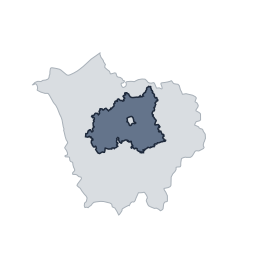 Minsk on a map of Belarus (Albers equal-area conic projection), rotated 63°
{"feature_id": "BLR-2345", "entity_name": "Minsk", "entity_type": "Region", "adm_level": 1, "iso_a3": "BLR", "parent_name": "Belarus", "parent_adm1": "", "projection": "albers", "projection_center": [27.803, 53.681], "detail": "fine", "context": "in_parent", "style": "filled", "palette": "slate", "viewbox_px": 256, "rotation_deg": 63, "n_neighbors": 0, "source": "natural_earth", "source_scale": "10m", "svg_char_len": 9394}
<svg xmlns="http://www.w3.org/2000/svg" viewBox="0 0 256 256"><g transform="rotate(63 128 128)"><path d="M201.3,175.8L197.7,175.7L193.4,176.0L191.1,177.8L188.4,177.1L186.6,178.2L182.5,183.0L181.0,185.6L179.5,189.5L178.7,192.3L179.3,194.3L180.2,196.1L180.4,198.1L180.9,199.7L179.8,200.8L179.3,202.5L177.5,202.3L175.2,200.8L174.6,198.5L172.8,197.0L171.7,196.2L169.8,196.2L166.9,197.0L163.0,197.7L160.1,197.9L158.5,198.7L156.2,199.6L155.2,198.7L153.9,196.1L152.7,193.6L152.0,192.5L151.3,192.2L150.5,192.2L149.6,193.1L149.0,193.9L146.5,194.9L145.5,195.9L144.3,198.2L143.5,198.1L142.7,197.5L141.8,194.9L140.5,194.3L138.4,194.3L135.9,193.8L133.8,193.0L133.1,193.2L131.8,194.3L130.5,194.5L127.6,193.5L127.0,193.9L125.3,196.8L124.6,197.0L124.1,196.6L124.4,194.1L122.7,193.2L119.8,193.0L117.8,193.4L116.8,193.3L116.4,192.8L113.9,188.5L112.7,188.2L110.3,188.4L106.9,187.8L103.0,186.8L100.9,186.4L99.8,185.5L97.4,185.1L90.9,183.1L88.3,182.7L84.4,182.6L78.5,182.0L74.7,182.1L72.9,182.6L70.8,182.9L63.8,183.1L61.2,183.4L60.4,184.3L59.5,186.2L56.4,189.4L53.5,191.5L52.9,191.7L51.4,190.4L50.0,189.9L48.4,189.7L47.2,190.0L46.5,190.5L46.4,193.2L46.2,193.4L45.2,190.2L45.4,187.4L46.2,185.9L47.1,184.5L46.9,182.3L47.9,179.5L48.1,177.4L47.8,176.5L47.1,175.4L45.4,174.2L44.6,173.2L42.2,171.9L39.9,170.2L39.5,169.3L39.7,168.7L40.2,167.8L42.2,165.1L44.4,162.5L45.8,161.5L52.8,158.5L53.9,157.3L54.3,155.3L54.4,151.1L54.2,147.4L53.8,144.7L52.8,139.8L49.9,129.5L48.4,118.9L49.7,119.6L52.9,120.0L55.4,119.5L56.7,119.4L57.9,119.7L61.2,119.3L62.0,120.3L63.4,121.2L66.4,120.1L69.0,118.8L71.7,119.1L72.1,118.4L72.9,114.7L73.7,113.9L76.9,114.4L78.1,113.8L79.4,112.0L81.3,110.9L82.9,111.0L84.5,109.8L85.3,110.6L85.6,112.2L85.1,113.4L85.3,113.9L86.4,114.5L88.3,114.6L89.6,114.1L89.9,113.4L89.9,112.1L89.6,110.9L88.8,109.9L87.3,109.3L86.3,109.3L86.1,108.6L86.5,107.2L87.5,104.7L88.8,102.4L89.5,101.6L89.6,100.8L89.5,99.4L89.6,96.8L90.7,93.3L92.2,90.7L94.1,89.9L96.3,89.5L97.8,88.3L98.6,86.9L99.2,84.6L100.0,84.1L105.4,84.5L106.3,82.3L106.7,81.6L107.8,81.0L108.5,80.2L108.3,79.6L106.9,79.1L103.6,78.7L103.0,78.0L103.2,77.1L104.1,74.7L105.0,71.7L105.5,69.4L105.5,68.0L106.0,67.7L108.7,67.3L109.5,66.8L111.8,63.6L113.6,63.1L118.0,64.0L120.0,63.9L122.6,64.2L122.8,63.8L123.8,60.7L128.1,55.6L130.5,53.9L131.9,53.5L132.4,53.6L134.8,56.2L135.3,56.3L136.9,55.2L139.6,55.1L140.9,56.0L142.7,59.2L143.6,59.6L146.2,57.8L147.7,57.1L148.6,57.1L153.6,59.6L154.0,60.4L154.0,61.3L153.3,64.3L154.4,66.1L155.6,67.3L158.2,65.2L159.1,64.6L160.1,64.6L161.5,63.8L162.4,62.6L163.4,62.2L165.2,62.4L168.5,62.0L172.4,63.7L172.8,64.2L174.8,66.2L175.5,67.3L176.1,67.6L177.2,68.6L178.6,69.1L179.6,68.9L180.0,69.2L180.5,70.0L180.6,71.4L180.6,75.3L179.3,77.4L179.2,78.2L179.3,79.0L180.4,80.7L182.0,83.3L182.4,84.8L182.4,85.9L180.6,89.4L180.0,90.2L179.6,91.9L179.5,93.6L179.6,94.3L183.0,96.8L185.5,98.1L186.1,98.8L186.2,99.3L185.0,102.2L184.9,103.0L186.9,104.1L188.1,105.9L189.2,108.9L191.3,111.8L198.5,115.7L199.1,116.5L199.4,117.4L199.3,119.4L198.2,123.3L199.4,123.8L202.5,123.5L206.3,123.7L211.1,126.1L211.1,127.3L210.7,128.5L211.1,129.6L211.7,130.6L215.8,133.4L216.3,134.2L216.5,135.7L216.4,136.8L215.3,137.1L214.2,137.7L212.3,139.1L211.6,141.0L208.5,143.7L206.6,145.0L205.0,145.1L201.2,144.8L199.8,143.6L199.2,142.5L197.7,142.1L195.7,142.1L193.1,142.5L192.5,142.9L192.2,144.3L191.2,146.7L190.4,148.1L194.1,152.7L195.9,154.6L196.5,155.8L196.5,156.6L195.7,157.7L196.0,159.7L197.8,162.2L197.2,162.7L197.2,166.0L197.4,169.5L197.9,170.3L198.9,170.9L199.7,172.2L201.2,175.0L201.3,175.8Z" fill="#d9dde1" stroke="#a8b0b8" stroke-width="1"/><path d="M114.2,88.6L115.7,89.0L116.6,88.7L116.9,88.9L117.3,89.4L116.8,90.4L117.3,90.9L117.7,91.6L118.0,92.6L119.7,92.6L120.1,93.3L121.6,94.6L121.6,94.8L121.5,95.4L121.5,95.5L123.4,95.9L124.3,96.5L124.6,96.8L124.3,97.7L124.3,97.9L124.7,98.4L124.8,98.8L125.4,99.4L125.7,99.8L126.7,100.1L127.2,100.1L127.6,99.6L127.9,99.6L128.2,99.8L128.3,100.4L128.4,100.6L130.6,100.0L131.7,100.2L132.7,99.6L134.1,99.5L134.6,99.9L135.2,100.9L136.0,101.5L136.2,102.0L137.1,102.5L137.4,102.5L137.6,102.4L138.6,99.6L140.1,99.1L140.3,99.1L140.6,99.8L140.9,99.7L141.4,99.1L141.6,99.3L141.9,99.8L141.6,100.6L141.6,100.8L141.7,101.2L141.9,101.5L143.1,101.8L143.6,101.4L144.5,101.5L144.8,102.1L145.0,102.3L145.6,102.1L145.8,101.6L145.8,101.4L145.4,100.9L145.6,100.3L145.7,100.2L148.6,100.5L149.1,100.3L149.5,99.6L150.2,99.2L150.4,99.3L150.1,99.6L150.2,99.8L150.3,99.8L150.5,99.9L151.4,99.5L151.6,99.6L151.8,100.3L151.9,101.2L152.0,101.3L152.6,101.3L153.3,101.5L154.3,100.9L155.6,101.2L155.8,100.9L155.9,100.1L156.3,100.2L156.5,100.5L156.6,101.3L155.7,102.4L156.0,102.9L156.0,103.2L155.5,104.2L155.3,106.7L155.2,107.3L154.5,108.5L155.3,109.5L155.2,110.0L154.5,110.8L154.4,111.6L154.7,112.2L154.9,112.2L155.5,112.0L155.6,112.4L156.1,112.6L156.2,113.2L156.4,113.4L155.8,113.9L155.8,115.8L155.4,116.1L155.3,116.3L155.7,116.8L155.7,117.3L155.0,118.2L154.5,118.7L154.3,119.2L154.3,119.5L154.6,120.1L154.7,120.6L154.7,121.8L154.8,122.1L154.6,122.5L155.2,123.1L154.7,123.8L154.9,123.9L155.4,123.7L155.5,123.8L155.4,124.2L154.8,124.6L155.4,124.8L155.7,125.0L156.3,125.0L156.6,125.3L157.0,125.4L156.9,125.7L156.5,126.2L155.7,126.6L155.5,126.8L155.6,127.0L156.2,127.2L156.1,127.4L155.7,127.7L155.5,128.2L155.4,128.3L155.2,128.2L154.8,127.8L154.5,127.9L153.6,129.0L152.2,129.8L151.6,129.8L151.2,129.5L150.6,129.3L150.2,129.5L149.5,130.3L149.4,130.7L149.7,131.4L149.4,131.9L149.2,132.0L147.4,132.3L147.4,133.3L147.6,133.9L147.5,134.1L146.7,134.1L146.5,133.9L145.9,132.8L146.1,132.2L146.0,131.9L145.5,132.2L145.0,131.8L144.7,131.8L144.2,132.0L142.6,131.7L141.6,131.2L141.4,131.2L141.1,131.7L141.3,132.5L141.2,132.9L140.9,133.1L140.1,133.4L140.6,133.6L140.6,133.8L139.8,134.1L139.5,134.5L138.4,134.4L137.9,135.0L137.5,135.8L137.5,136.9L137.5,138.1L137.4,138.4L136.9,138.9L136.8,139.2L137.0,139.5L138.1,140.0L138.5,140.8L138.4,141.1L137.2,141.4L136.9,141.9L136.7,141.9L134.6,141.8L134.2,142.0L133.5,141.2L132.9,140.9L132.4,141.0L131.8,141.4L132.3,142.9L133.6,143.3L134.4,144.2L135.2,144.4L136.0,144.8L136.4,144.0L137.2,144.1L137.5,144.6L137.7,145.4L137.9,145.9L138.6,145.8L139.2,145.4L139.7,145.4L139.8,145.6L139.6,146.1L140.0,147.4L139.8,148.8L140.1,149.6L139.3,149.7L138.9,150.6L138.6,151.3L138.7,151.5L139.3,151.9L139.2,152.4L138.6,153.2L138.2,154.4L137.8,155.1L135.6,157.4L136.0,157.8L137.9,159.0L138.9,160.0L138.6,160.4L138.7,160.6L138.6,160.8L137.8,161.5L137.7,163.0L137.9,164.5L137.8,165.0L136.6,166.1L132.5,166.6L132.4,166.5L131.8,165.4L130.0,165.0L129.7,165.1L129.4,165.4L129.4,165.6L129.6,166.1L129.6,166.8L129.1,167.3L126.8,167.6L126.2,167.4L124.7,167.5L123.5,166.9L122.8,166.3L122.7,166.1L122.8,164.8L122.7,164.6L122.3,164.7L122.0,165.3L121.5,164.4L121.4,164.4L119.9,165.5L119.7,165.0L119.2,165.0L118.9,165.2L118.6,166.1L117.8,166.3L117.7,166.9L118.0,167.6L117.8,168.1L116.5,169.8L113.9,168.1L114.4,167.2L114.4,166.9L114.3,166.5L112.6,164.9L112.3,164.3L112.6,164.0L112.7,163.7L112.2,163.1L112.4,162.5L112.5,162.3L115.0,162.1L115.1,161.7L115.1,161.2L114.7,160.4L113.5,160.3L112.7,160.1L112.0,158.9L111.9,158.6L112.1,158.3L112.0,158.1L111.4,157.6L111.2,157.6L110.8,158.0L110.6,158.1L109.7,157.7L107.7,156.9L106.6,155.1L106.4,155.1L105.8,155.3L105.3,155.2L105.2,155.0L105.1,154.4L105.0,154.1L104.0,153.5L103.2,153.7L102.9,154.7L102.1,154.7L101.4,155.3L101.2,155.2L100.6,154.2L101.2,153.6L101.3,153.4L101.0,152.3L100.2,150.9L100.1,150.6L100.1,150.2L100.5,149.8L100.8,149.0L101.1,148.6L101.7,148.4L102.7,148.4L102.8,148.4L102.7,148.0L102.4,147.3L101.8,146.5L100.3,146.3L100.0,146.2L99.8,145.9L99.8,145.4L99.4,145.1L99.3,144.6L98.6,144.6L98.3,144.3L98.2,144.1L98.8,143.0L99.2,142.5L99.5,142.3L100.4,142.3L100.7,142.0L100.7,141.1L100.3,140.1L100.4,138.7L103.9,137.6L103.6,137.0L103.4,136.4L103.6,135.0L103.5,134.6L103.3,134.5L102.6,134.5L102.6,134.0L102.9,133.4L103.0,133.0L102.4,131.8L102.3,130.9L102.1,130.6L101.3,130.1L100.1,129.7L99.9,129.3L99.9,128.3L99.1,128.1L98.5,127.6L98.4,127.3L98.5,126.1L99.1,125.9L99.4,125.4L98.1,124.7L97.7,124.4L97.7,124.2L97.8,123.4L97.9,123.1L99.9,122.4L100.2,122.0L100.7,120.9L101.5,120.7L101.7,120.2L101.8,119.3L101.7,119.1L100.6,119.0L100.4,118.7L100.2,117.7L100.0,117.4L99.1,117.3L99.0,117.8L98.8,117.9L97.5,118.0L97.2,117.5L97.1,117.1L97.2,115.8L97.3,115.1L96.6,114.8L96.3,115.4L96.1,115.4L95.5,115.1L95.4,115.0L95.4,114.8L95.6,114.0L96.1,113.0L96.9,113.0L98.0,112.0L98.3,112.0L99.4,112.1L101.4,111.8L102.6,110.7L103.2,109.6L104.6,105.9L105.2,105.2L105.3,104.1L105.0,103.4L104.8,102.5L105.0,102.5L105.8,103.0L105.9,102.7L106.0,101.7L106.5,101.6L106.6,101.4L106.4,100.7L106.5,99.8L105.7,100.0L105.0,99.7L104.9,99.5L104.8,99.1L104.1,97.6L104.1,97.3L104.2,96.7L104.1,96.2L103.4,95.8L102.1,93.8L101.4,93.6L100.7,92.9L100.6,92.6L100.6,91.5L100.3,90.7L101.1,90.0L101.2,89.8L101.1,89.5L101.2,89.2L101.5,89.0L102.7,89.6L104.1,89.6L104.8,90.0L105.2,89.9L105.6,89.5L106.7,89.5L107.0,89.6L107.4,90.2L107.6,90.3L108.0,90.2L108.7,89.6L110.5,89.4L110.8,89.5L111.2,90.1L112.1,90.2L113.7,90.0L113.8,89.8L113.6,89.1L114.2,88.6ZM125.8,125.5L126.5,125.3L127.0,124.6L126.9,123.8L126.3,123.3L126.0,122.3L126.1,121.6L126.6,120.6L127.2,120.0L127.1,118.9L126.6,118.8L125.6,119.6L124.9,119.8L124.5,119.8L123.0,119.2L121.1,118.9L120.0,119.2L119.4,119.5L119.0,120.5L118.7,122.7L118.7,123.6L118.9,124.5L119.6,124.6L121.3,125.3L121.6,125.9L122.0,126.1L122.5,125.5L124.4,125.2L125.8,125.5Z" fill="#64748b" stroke="#1e293b" stroke-width="1.5"/></g></svg>